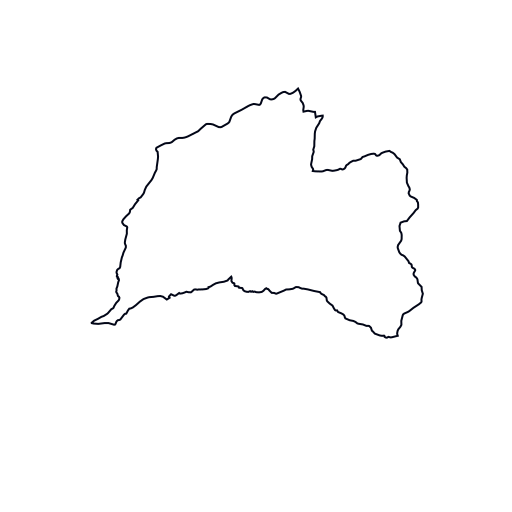 outline of Tenza, Boyacá, Colombia, rotated 236°
{"feature_id": "7082276B18084184900557", "entity_name": "Tenza", "entity_type": "district", "adm_level": 2, "iso_a3": "COL", "parent_name": "Colombia", "parent_adm1": "Boyacá", "projection": "equal_earth", "projection_center": [-73.43, 5.079], "detail": "fine", "context": "isolated", "style": "outline", "palette": "ink", "viewbox_px": 512, "rotation_deg": 236, "n_neighbors": 0, "source": "geoboundaries", "source_scale": "gbopen_adm2", "svg_char_len": 6155}
<svg xmlns="http://www.w3.org/2000/svg" viewBox="0 0 512 512"><g transform="rotate(236 256 256)"><path d="M401.4,234.0L400.6,232.9L399.9,232.6L398.9,232.4L397.4,232.7L393.2,230.4L391.3,228.9L385.2,223.4L383.5,222.2L382.6,220.8L381.6,218.8L378.5,214.1L377.4,211.8L374.9,203.9L373.0,200.8L371.1,198.5L370.4,197.1L369.1,193.2L369.3,191.2L368.9,189.2L368.0,189.4L366.6,184.7L364.8,180.7L364.7,177.6L363.3,176.3L362.7,175.6L362.2,174.5L361.6,170.5L360.6,166.6L359.8,165.0L359.3,164.3L358.7,163.9L357.9,163.7L355.5,163.8L352.9,165.3L352.4,165.4L351.8,165.3L349.6,163.3L346.7,161.4L342.9,157.0L341.1,155.3L340.1,154.5L339.2,154.2L337.2,153.8L335.8,152.8L332.9,148.0L330.9,145.6L330.0,144.2L326.4,140.3L322.9,137.3L322.2,136.1L322.3,134.3L322.1,133.2L321.1,131.8L320.4,131.2L319.7,130.9L318.2,130.7L317.3,129.5L316.7,129.1L316.4,129.2L316.1,129.7L315.7,129.7L314.8,128.7L314.5,128.7L314.5,129.4L314.2,129.5L312.6,128.9L311.3,127.1L308.3,124.0L307.0,122.1L305.4,121.1L304.5,120.1L303.7,119.9L302.4,120.0L300.4,119.3L299.8,119.2L299.0,119.6L297.7,119.4L296.5,118.2L296.0,117.2L295.3,113.9L293.9,110.7L292.7,108.8L292.6,108.0L292.8,106.3L291.5,101.6L291.3,100.5L291.4,96.2L292.0,93.9L292.3,89.7L292.9,85.6L292.5,82.4L292.2,82.3L290.8,83.6L287.9,87.3L285.0,93.1L282.9,96.2L278.4,99.9L278.0,100.7L278.3,101.6L279.6,103.5L279.9,104.3L280.0,105.7L279.4,106.8L279.2,108.0L281.2,113.8L281.3,115.2L280.8,116.0L280.8,116.3L282.4,119.3L283.2,121.5L282.6,122.7L282.2,125.0L282.4,129.0L283.1,134.2L283.2,138.2L283.1,139.1L282.1,143.1L281.5,144.6L279.5,148.1L277.7,152.0L276.4,154.2L274.3,156.1L269.8,157.7L269.7,161.0L270.9,161.0L271.1,161.2L271.8,164.2L268.8,166.0L268.3,166.7L268.1,168.0L268.3,171.6L267.5,171.8L267.2,172.2L266.3,174.0L265.7,176.2L265.3,178.3L263.7,179.8L262.3,181.7L262.3,182.6L262.8,185.7L262.6,186.4L261.9,187.5L260.9,188.4L260.4,189.6L258.2,193.0L256.5,196.2L256.0,198.1L256.4,199.6L256.6,199.6L256.2,200.8L256.1,201.6L256.1,204.2L255.8,207.4L254.6,210.8L252.6,215.0L251.6,218.8L252.0,219.8L252.7,223.9L252.0,223.8L250.9,223.2L250.3,222.7L250.0,222.3L248.8,221.6L246.9,221.6L245.7,222.6L245.3,222.7L244.0,221.8L242.9,221.8L240.7,224.3L240.3,224.5L239.4,224.1L239.0,224.4L237.4,226.4L237.0,226.7L234.6,226.4L233.2,226.9L231.6,228.2L230.5,229.6L230.3,231.0L230.0,231.6L229.1,231.9L228.9,233.2L228.5,233.5L227.8,233.6L227.2,235.1L226.4,235.5L225.4,236.5L224.1,238.3L223.2,240.2L223.0,240.7L223.0,242.7L223.6,245.2L223.5,246.5L222.3,246.9L222.1,247.4L221.4,247.7L219.8,247.8L216.7,248.4L215.2,250.4L213.7,251.4L213.3,251.9L211.7,259.7L211.4,262.2L209.7,265.0L208.4,267.8L208.1,268.9L208.0,271.4L207.7,272.1L206.3,273.9L204.7,274.8L203.2,275.9L202.2,277.3L199.3,280.3L194.5,284.6L190.2,288.9L189.3,288.8L188.0,289.1L185.6,290.5L183.9,290.7L183.2,291.1L182.1,291.1L179.4,289.8L178.4,289.8L175.3,290.5L172.1,291.7L168.9,291.3L166.9,291.3L166.2,291.7L165.6,292.8L163.9,292.7L163.4,292.9L160.7,294.7L158.7,295.7L157.3,295.9L156.3,295.7L155.7,295.4L154.3,295.2L150.4,297.7L147.7,300.4L145.7,301.6L143.5,302.3L142.6,303.0L139.5,306.3L136.4,308.4L135.2,310.2L134.6,310.7L132.3,311.2L129.5,310.4L128.9,310.4L128.1,310.7L125.2,311.1L120.9,314.2L119.3,315.9L118.4,317.6L118.1,317.8L117.0,317.4L115.7,318.1L115.1,318.8L114.9,320.6L113.3,322.0L112.7,323.1L110.6,328.9L112.0,329.3L113.0,329.8L114.8,331.6L115.7,333.1L116.5,335.9L117.3,337.5L117.7,338.1L121.0,340.2L124.8,344.5L125.3,345.3L125.4,346.7L124.7,350.6L124.6,352.2L125.0,357.6L124.9,364.2L125.2,367.0L125.6,367.7L127.5,368.9L128.7,370.1L131.4,373.2L135.0,374.3L137.8,376.0L142.7,375.1L143.6,375.4L146.2,376.7L147.1,376.9L148.7,376.8L150.2,376.2L152.3,376.2L153.3,376.8L153.9,377.6L155.0,379.9L155.7,380.3L156.9,380.2L158.7,379.2L159.3,379.1L159.8,379.1L161.5,380.0L162.2,380.1L163.4,379.7L164.6,379.0L166.4,379.5L172.5,379.0L174.3,378.3L175.7,377.3L177.6,376.9L179.0,376.9L183.1,377.9L184.2,378.4L185.6,379.9L187.5,384.9L188.6,386.2L191.6,388.3L192.7,388.9L194.1,389.4L196.4,389.4L200.6,391.7L202.8,394.5L201.9,398.2L200.6,400.6L202.1,405.0L203.5,410.6L204.7,414.0L204.9,416.5L205.6,417.6L208.0,419.2L209.9,420.2L211.5,420.1L212.6,420.7L215.7,419.6L218.8,417.6L219.7,417.3L220.1,417.2L222.6,417.6L223.6,418.5L224.4,419.9L225.3,420.8L227.1,421.4L228.5,421.4L232.4,422.1L236.6,424.6L238.5,426.1L240.5,428.1L243.1,429.7L244.9,429.6L247.0,428.9L249.9,429.0L252.8,428.6L255.8,429.3L258.7,428.0L263.0,427.8L265.2,427.1L266.7,426.1L268.5,425.4L270.1,421.8L270.8,419.0L271.1,417.4L270.7,415.0L270.7,414.3L271.1,413.0L271.4,412.4L271.9,412.0L272.5,411.8L273.8,411.8L274.2,411.6L275.0,410.8L276.2,408.5L277.2,405.4L277.9,401.7L278.5,399.7L277.8,397.3L277.9,396.6L279.3,391.8L280.6,389.9L280.9,387.7L281.0,385.6L280.6,383.8L280.7,382.1L280.5,381.2L279.4,379.6L279.0,378.5L279.0,377.5L279.2,376.5L279.5,375.9L280.9,375.0L281.4,374.2L281.5,372.6L282.0,371.0L283.1,368.4L283.9,366.9L287.1,363.8L287.7,362.9L288.1,362.0L288.8,358.9L289.4,357.6L292.9,352.7L294.7,350.6L295.8,351.8L296.5,352.0L298.8,352.0L300.9,352.7L301.8,353.5L304.9,356.7L307.3,358.4L309.9,361.9L310.6,362.4L312.1,362.9L314.4,365.7L318.7,368.7L320.4,370.2L324.6,373.2L326.3,374.7L328.6,377.7L330.7,382.6L332.1,384.5L332.9,387.0L333.6,388.5L334.3,389.3L335.1,389.8L335.5,389.1L337.3,385.0L337.5,383.1L342.5,385.5L343.4,384.2L347.1,380.6L347.8,379.4L349.1,376.1L350.6,376.8L353.0,379.0L354.3,379.7L356.8,380.3L359.3,380.1L360.5,380.2L361.3,380.7L362.7,382.4L363.5,382.9L367.7,384.0L371.3,384.5L370.8,381.4L370.7,379.5L370.7,377.7L371.2,375.2L371.9,374.0L375.8,371.9L376.7,370.2L377.0,368.5L377.2,365.0L376.2,359.9L376.3,358.5L376.8,357.1L377.3,356.1L378.2,355.2L381.3,353.7L382.6,352.0L382.8,351.3L382.8,350.3L382.4,348.8L379.7,345.2L379.3,343.8L379.5,343.1L382.5,340.1L383.4,339.0L383.9,337.4L384.4,335.4L384.7,333.2L385.3,325.5L386.3,317.9L386.3,316.2L386.0,314.8L385.3,313.3L382.1,308.9L381.8,307.9L381.7,306.5L382.2,299.8L382.5,298.8L383.7,297.2L389.1,293.9L390.9,292.1L392.9,289.2L393.2,288.3L393.1,287.1L392.4,281.2L391.8,277.9L393.2,266.6L393.6,264.7L394.2,262.8L395.0,261.1L397.1,257.9L397.7,256.2L397.9,253.6L397.5,250.0L397.7,248.6L398.2,247.2L399.7,244.7L400.3,243.3L400.9,239.1L401.4,234.0Z" fill="none" stroke="#020617" stroke-width="2"/></g></svg>